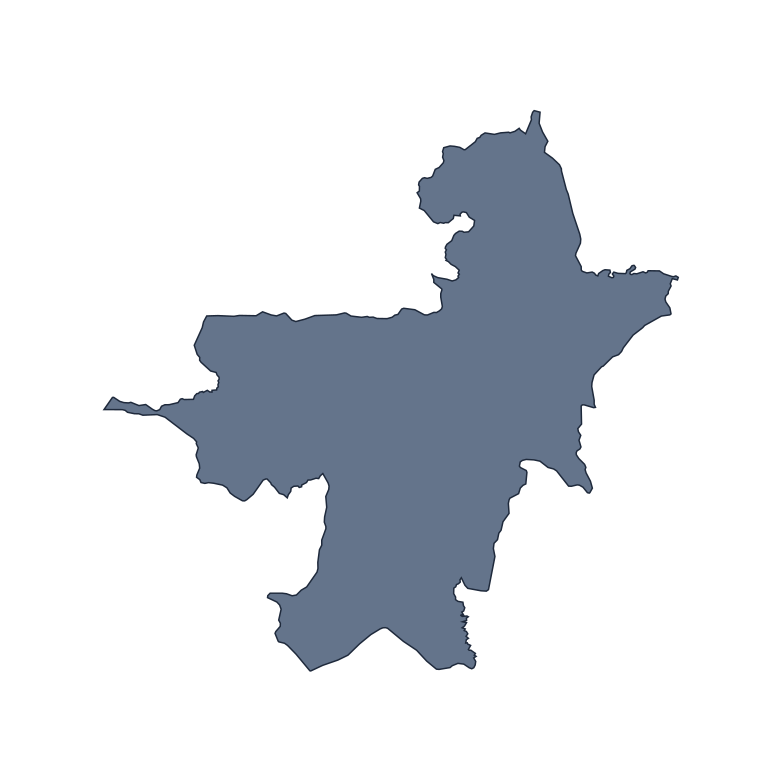 Lubudi, Katanga, Democratic Republic of the Congo, rotated 100°
{"feature_id": "63176286B52782039621830", "entity_name": "Lubudi", "entity_type": "district", "adm_level": 2, "iso_a3": "COD", "parent_name": "Democratic Republic of the Congo", "parent_adm1": "Katanga", "projection": "natural_earth1", "projection_center": [26.13, -10.358], "detail": "fine", "context": "isolated", "style": "filled", "palette": "slate", "viewbox_px": 768, "rotation_deg": 100, "n_neighbors": 0, "source": "geoboundaries", "source_scale": "gbopen_adm2", "svg_char_len": 6166}
<svg xmlns="http://www.w3.org/2000/svg" viewBox="0 0 768 768"><g transform="rotate(100 384 384)"><path d="M227.9,112.7L226.9,115.3L228.1,117.6L228.1,119.3L226.9,127.8L224.8,132.4L226.6,143.6L228.1,144.0L229.2,145.6L228.5,148.4L231.6,154.2L231.8,157.1L233.2,158.9L233.2,160.2L232.6,161.0L230.9,160.9L227.3,156.8L225.6,156.4L223.8,158.1L223.9,159.1L224.6,160.4L227.7,161.8L229.9,164.6L232.4,164.7L233.4,165.5L234.4,172.8L233.9,177.1L236.0,178.2L237.8,176.4L239.2,176.6L239.8,178.0L238.9,181.7L236.9,181.7L234.9,180.4L232.6,181.3L233.1,186.2L234.3,188.2L237.9,191.8L240.4,192.2L239.9,194.5L238.4,195.9L237.6,198.4L239.4,203.5L238.6,208.3L237.5,209.5L234.1,210.2L224.4,217.7L221.9,217.7L211.3,215.0L207.1,215.4L202.5,217.2L183.2,227.7L165.0,235.6L160.9,238.2L143.4,246.2L141.2,246.7L137.6,249.3L132.3,257.3L128.0,266.2L122.3,266.6L116.5,264.8L108.3,271.6L100.3,276.5L89.2,277.5L88.7,283.6L90.6,284.8L95.4,285.5L98.2,284.7L113.0,288.0L110.3,293.7L108.7,295.3L112.4,298.9L114.8,303.5L114.4,304.9L116.4,312.7L119.0,318.6L119.2,328.1L122.2,331.5L124.5,332.5L125.9,334.9L129.5,336.1L139.1,344.7L139.4,345.9L137.8,350.4L137.7,355.8L138.1,360.3L140.9,366.2L145.0,366.7L146.9,365.6L150.4,365.7L153.6,363.8L155.8,364.0L161.2,367.3L163.7,370.8L170.7,372.2L172.3,373.4L174.0,377.2L173.8,379.9L174.8,381.9L179.0,384.5L181.9,384.5L183.2,383.4L187.8,382.7L189.9,384.6L195.2,380.1L197.5,379.5L204.6,379.7L206.2,374.5L215.7,363.4L216.7,358.8L215.2,356.7L215.3,353.1L214.4,351.7L214.0,348.7L209.0,344.5L205.7,344.4L205.2,338.0L203.6,338.6L201.2,337.0L200.7,335.6L200.9,332.6L204.9,329.0L207.2,323.2L212.8,323.0L219.4,327.1L220.7,331.6L220.0,333.4L220.4,336.5L223.3,339.7L225.5,341.0L231.1,342.2L235.5,346.3L238.5,347.3L239.9,347.2L241.0,345.8L243.4,346.6L245.6,345.5L249.0,345.6L250.4,344.0L251.5,344.5L252.3,341.8L254.5,338.7L256.0,334.1L258.9,329.7L261.8,330.4L262.8,328.9L264.9,329.9L266.2,329.0L269.0,331.3L270.7,334.8L269.9,340.1L269.9,349.6L268.7,354.3L267.0,356.4L272.4,353.1L275.3,352.6L280.3,343.7L281.3,343.3L285.0,343.8L288.6,343.2L297.5,340.0L300.0,340.3L302.3,342.1L304.5,344.7L304.8,347.3L308.5,353.2L308.9,356.2L305.5,366.5L306.0,377.7L307.1,379.6L313.1,382.4L314.3,385.3L316.8,387.5L319.1,392.3L320.7,402.3L320.0,406.3L320.9,410.1L320.4,412.2L322.2,417.6L322.8,428.3L320.8,433.6L320.9,435.3L324.2,442.9L328.6,464.0L333.9,473.2L337.8,481.7L337.1,485.8L331.6,493.0L331.5,494.8L335.6,501.6L335.6,507.0L334.0,516.1L339.0,521.8L341.6,538.3L343.4,543.5L345.5,559.4L347.8,570.4L354.2,572.5L360.1,572.8L378.8,577.6L387.3,573.1L389.8,570.1L392.6,569.7L394.4,567.9L401.3,557.0L401.8,551.3L404.2,549.9L406.0,547.6L407.9,547.2L409.7,548.0L411.2,547.0L413.6,547.4L415.5,546.7L417.1,547.9L418.9,547.8L420.1,552.3L421.8,552.0L422.1,554.3L420.9,556.9L423.7,560.5L422.9,561.3L424.1,564.3L425.5,565.0L426.0,566.7L428.6,568.4L432.2,569.0L434.0,578.1L433.5,580.2L434.3,581.9L438.1,583.6L441.7,592.0L442.5,596.2L444.5,599.2L448.1,600.4L449.9,603.1L450.0,604.9L449.1,607.6L445.6,615.1L447.8,621.6L446.0,630.1L447.0,632.3L447.5,637.0L447.0,641.2L444.1,647.9L444.4,649.1L457.8,655.3L454.7,637.2L454.9,634.3L456.4,631.7L456.6,624.5L455.9,620.3L456.6,616.1L453.5,602.0L454.7,593.9L467.4,569.4L470.6,562.1L473.5,558.5L475.4,558.5L479.2,555.8L486.3,556.7L488.2,556.1L494.6,552.1L498.9,550.9L506.1,552.5L508.4,552.4L510.2,548.8L512.8,547.1L513.0,543.2L511.6,539.7L511.3,534.6L511.6,525.4L513.5,520.7L518.1,516.5L520.6,511.6L523.6,503.1L523.3,500.9L521.8,499.1L515.3,493.7L499.6,486.3L498.0,483.8L497.9,482.6L501.0,478.4L502.6,477.4L504.6,473.9L509.9,468.1L510.4,463.6L512.9,459.5L509.7,459.0L505.9,457.2L502.6,457.4L500.4,455.1L499.4,451.1L500.6,449.5L499.5,447.3L497.8,447.5L494.5,443.2L491.8,442.2L491.3,439.7L488.6,434.6L488.5,431.9L485.5,430.8L482.8,428.7L491.1,421.9L494.0,420.4L497.4,420.1L504.9,421.8L515.4,419.0L525.2,419.4L530.4,418.8L534.4,416.5L536.6,416.1L548.5,418.2L553.5,417.3L558.4,418.8L571.1,418.2L577.1,417.0L580.9,417.3L597.3,424.9L601.4,429.7L607.0,433.6L608.5,437.7L607.5,443.6L607.7,447.9L609.8,459.8L612.6,461.7L614.6,461.6L617.3,451.7L619.8,448.4L623.7,446.2L634.8,446.7L637.6,444.5L640.7,444.1L646.6,447.6L648.5,448.0L655.6,443.6L656.2,442.8L656.6,436.9L658.2,433.6L665.4,423.6L679.3,407.2L679.3,406.3L671.7,395.5L663.9,381.5L657.3,372.4L644.1,362.9L633.0,353.4L625.9,345.3L624.3,342.8L623.7,340.3L623.9,338.1L634.1,320.2L640.5,305.7L649.5,293.8L655.7,282.9L655.5,280.2L651.8,269.7L649.5,267.8L646.3,262.7L646.0,256.8L648.7,250.7L649.2,248.1L647.8,246.3L644.9,245.4L641.3,245.5L638.2,248.1L636.2,246.0L635.4,248.0L633.5,247.2L631.1,252.2L631.4,253.9L630.8,254.8L626.4,253.3L625.6,256.3L624.4,257.1L624.9,258.6L621.5,258.5L619.8,256.7L618.2,259.4L615.5,258.1L613.4,259.9L612.9,262.2L611.1,261.5L610.5,264.7L608.4,262.7L604.7,261.3L604.5,265.3L602.5,261.6L600.3,262.2L598.6,260.6L598.1,262.0L599.3,266.6L598.6,268.1L598.0,267.9L597.5,265.7L595.1,267.8L593.7,266.1L590.3,265.6L588.6,267.2L585.2,268.4L585.2,273.5L583.9,276.1L581.4,276.5L578.3,279.0L572.9,279.8L571.2,278.1L568.9,277.8L567.8,276.0L565.8,274.5L563.7,275.2L561.4,274.2L568.2,269.3L570.7,266.0L570.8,252.6L570.2,247.2L568.4,245.4L534.6,244.8L527.1,247.7L521.8,248.0L517.6,245.2L511.0,245.0L507.6,243.3L499.0,242.9L489.7,238.4L480.0,240.8L476.5,240.7L474.6,240.2L468.6,232.4L462.8,231.7L459.6,229.5L457.8,227.0L446.2,227.9L444.5,228.9L442.6,235.1L441.4,236.4L437.1,236.3L435.2,234.4L433.6,230.9L432.7,223.2L432.9,217.0L437.7,208.0L438.2,202.2L439.6,198.9L452.5,184.5L452.2,181.8L449.8,176.2L449.7,174.0L451.1,170.1L455.7,164.8L455.8,162.9L455.3,162.4L450.4,160.7L443.9,163.8L436.4,169.6L433.3,171.1L431.1,170.7L428.3,172.5L423.6,179.2L420.3,182.3L418.3,182.8L416.3,182.3L414.0,179.8L411.8,179.1L405.5,182.2L400.4,181.3L397.3,184.2L394.3,185.4L389.2,182.5L371.5,186.0L370.1,185.1L369.8,183.2L370.9,173.4L370.3,171.7L367.5,173.5L363.5,174.2L350.4,179.0L346.5,179.4L338.6,178.7L329.2,172.7L328.3,171.2L317.6,163.6L314.4,158.1L310.7,155.7L306.8,154.6L292.6,147.2L283.6,139.0L281.1,137.5L268.9,122.6L266.3,114.5L265.1,113.5L259.4,115.7L254.3,120.7L251.6,122.0L248.5,121.8L245.7,119.8L243.3,120.1L237.6,118.3L235.6,119.5L230.2,118.4L230.6,113.1L227.9,112.7Z" fill="#64748b" stroke="#1e293b" stroke-width="1.5"/></g></svg>